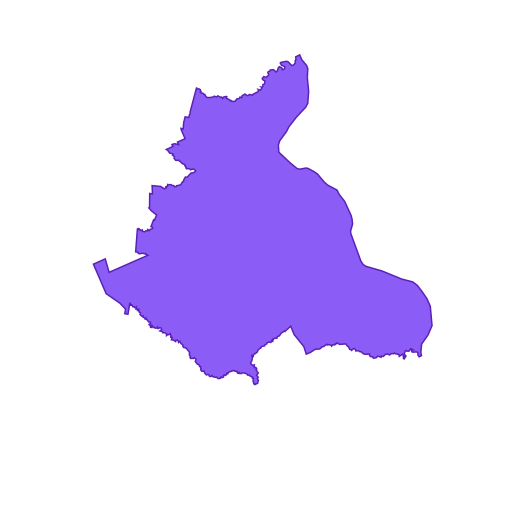 Colón, Entre Ríos, Argentina (Albers equal-area conic projection), rotated 327°
{"feature_id": "61730980B75281068807854", "entity_name": "Colón", "entity_type": "district", "adm_level": 2, "iso_a3": "ARG", "parent_name": "Argentina", "parent_adm1": "Entre Ríos", "projection": "albers", "projection_center": [-58.335, -32.025], "detail": "fine", "context": "isolated", "style": "filled", "palette": "violet", "viewbox_px": 512, "rotation_deg": 327, "n_neighbors": 0, "source": "geoboundaries", "source_scale": "gbopen_adm2", "svg_char_len": 6154}
<svg xmlns="http://www.w3.org/2000/svg" viewBox="0 0 512 512"><g transform="rotate(327 256 256)"><path d="M298.0,82.3L279.0,99.5L278.2,101.0L277.4,101.1L275.0,103.2L272.4,100.7L268.2,104.5L264.1,109.8L262.6,108.1L262.1,109.2L260.4,119.0L252.2,117.7L251.8,120.4L248.9,117.5L246.2,116.7L246.1,118.9L238.8,117.8L239.5,119.3L239.6,122.6L242.0,125.2L240.9,126.0L241.8,128.2L240.5,129.4L240.7,132.0L243.5,133.7L243.4,134.7L244.0,135.6L244.4,138.1L246.1,140.8L245.4,141.8L245.8,142.7L245.2,144.2L245.6,144.3L245.4,145.1L247.8,146.5L248.0,148.0L250.4,148.7L251.5,149.8L251.8,151.6L251.4,151.9L249.0,152.2L246.8,151.0L241.0,152.4L239.8,151.3L236.7,152.9L235.9,154.0L234.6,153.8L231.5,155.3L227.6,153.8L226.7,154.3L225.4,153.5L225.4,152.2L224.2,151.3L223.6,149.7L222.1,149.2L221.0,147.9L219.3,149.3L218.0,148.9L217.9,149.9L215.7,149.7L213.9,145.7L207.2,140.4L203.0,147.5L200.9,145.7L193.2,157.2L192.3,157.3L192.9,161.3L195.0,167.5L190.2,170.7L189.8,169.9L183.9,174.2L184.9,175.7L184.4,176.5L183.4,176.6L181.9,176.0L180.2,176.4L179.7,174.9L178.7,175.8L177.9,175.0L175.5,174.9L174.4,173.6L174.8,172.1L173.3,172.0L172.9,170.2L172.4,170.3L172.6,169.6L172.0,169.6L172.0,168.7L171.2,168.8L157.3,187.0L159.1,188.6L158.7,189.4L159.2,190.5L162.6,192.1L163.7,193.5L164.6,193.7L164.5,194.4L165.7,196.5L123.9,189.7L128.0,176.3L115.2,174.3L109.8,206.0L116.1,221.3L117.7,229.5L114.5,232.9L116.9,235.1L124.4,227.0L124.8,227.3L124.1,228.2L124.8,228.8L124.3,229.2L125.3,229.8L125.0,231.5L126.0,232.0L126.2,233.3L128.0,233.5L126.4,235.2L128.5,236.5L127.1,237.2L128.2,237.9L127.4,239.1L128.2,240.7L126.9,241.9L126.9,242.6L127.5,244.3L128.7,244.7L127.9,245.6L128.9,247.5L129.8,247.8L128.7,248.5L129.8,249.6L130.1,252.9L131.3,253.8L131.1,254.9L128.9,255.3L129.0,255.9L130.6,257.2L130.4,257.8L129.0,257.8L128.7,258.2L129.7,259.3L131.0,258.3L131.3,260.4L132.0,260.7L132.2,261.7L133.8,262.4L134.6,262.0L134.2,263.4L134.9,263.8L136.2,263.5L137.1,264.6L136.9,266.3L134.6,266.5L136.1,268.2L136.1,269.8L137.3,270.2L138.3,271.8L138.4,272.7L137.6,274.0L139.4,273.8L140.0,274.6L141.8,274.4L141.5,275.9L140.3,277.7L141.3,278.6L139.4,280.2L141.1,281.7L142.0,284.0L143.0,283.0L144.0,283.5L144.4,284.5L144.0,286.4L145.7,286.1L145.4,288.4L146.2,290.6L145.4,292.2L145.5,293.3L147.2,294.9L147.7,299.5L147.7,300.7L146.2,302.8L146.2,304.7L145.5,305.1L145.3,306.3L147.8,307.9L148.9,307.7L149.5,310.0L147.6,311.4L147.9,314.7L149.0,315.9L148.5,317.5L149.4,318.5L148.7,319.0L148.5,320.7L147.6,321.4L147.8,323.2L149.7,324.3L149.2,326.1L149.6,328.7L151.2,329.2L151.8,330.5L151.4,331.2L152.3,332.5L154.1,332.3L154.0,333.5L155.5,335.4L156.8,335.9L157.5,338.2L159.7,339.3L160.8,338.4L161.8,339.7L162.9,339.8L163.7,338.4L164.7,338.6L165.3,339.6L166.9,339.3L167.5,338.4L168.3,339.4L169.4,338.5L174.9,339.8L175.4,341.0L177.1,342.2L176.7,344.0L177.2,344.7L178.3,344.4L178.0,345.4L179.7,346.6L180.8,346.5L182.8,348.1L184.1,350.0L184.1,351.3L185.7,352.4L185.6,353.5L187.1,355.5L186.4,356.4L187.2,357.3L185.5,359.1L184.6,361.9L184.8,362.9L185.5,362.8L185.8,363.5L186.4,363.2L187.9,363.7L190.3,361.6L190.2,359.7L191.8,358.9L191.6,356.3L194.2,355.4L194.0,351.5L195.1,351.2L195.3,350.3L195.1,349.4L193.8,348.8L194.5,347.8L194.1,347.2L195.2,346.4L193.7,345.9L193.0,343.7L193.5,342.4L194.5,342.2L196.5,340.7L197.0,339.6L198.9,338.7L198.0,337.7L198.5,337.0L199.8,337.8L201.6,337.0L202.1,337.5L204.6,337.3L207.0,335.8L210.2,335.7L211.1,334.8L214.2,336.1L215.3,335.3L217.2,335.6L218.2,334.8L220.3,335.4L221.3,336.6L222.6,335.9L223.5,336.7L223.9,336.1L223.6,335.3L224.6,334.9L224.8,335.6L226.4,335.0L228.8,336.3L230.2,335.2L232.1,335.7L235.0,334.5L238.4,334.4L239.1,335.0L239.4,334.5L239.8,334.9L246.9,333.8L245.2,342.7L246.8,357.9L244.7,365.7L249.1,366.5L255.0,366.5L258.4,368.5L259.9,368.7L261.5,368.1L263.5,368.8L267.4,368.6L267.6,369.7L268.8,370.0L270.3,371.6L270.3,372.8L271.9,372.2L273.1,373.2L274.4,372.8L274.6,373.5L276.5,372.9L277.9,375.6L283.5,378.7L283.5,381.3L284.1,382.5L283.7,385.3L284.7,386.4L284.7,387.2L287.9,386.9L288.5,388.6L287.9,389.9L290.5,391.4L291.0,392.9L291.9,393.3L293.0,396.9L295.0,398.6L297.8,399.9L297.0,401.4L297.4,403.0L298.9,403.8L298.8,405.7L301.5,406.8L303.6,406.3L305.8,409.1L306.7,408.2L308.1,409.6L310.8,409.0L313.0,409.8L314.0,411.7L316.8,411.7L318.0,412.9L319.4,412.8L319.7,413.9L322.3,416.7L321.5,418.2L325.5,418.2L325.2,419.9L323.8,422.3L324.2,423.0L326.2,422.2L326.0,421.2L326.7,421.8L327.3,421.5L326.9,418.9L329.5,417.0L330.5,417.0L330.8,418.1L332.4,419.1L335.4,418.0L336.5,420.1L335.2,419.4L334.5,421.0L334.8,421.8L338.5,424.0L339.1,425.0L337.8,427.5L337.9,429.4L340.5,429.7L341.6,426.8L346.9,420.1L357.3,415.9L365.7,410.3L374.8,393.1L376.1,385.0L375.9,375.8L375.3,368.8L373.5,363.3L365.5,354.5L353.6,337.3L342.7,324.7L341.2,321.6L341.2,317.3L347.8,288.6L349.0,286.5L354.4,281.8L356.6,277.5L357.9,273.6L360.1,258.3L359.3,249.5L359.9,244.9L354.7,235.5L353.5,231.1L352.2,220.8L350.7,217.0L347.4,210.9L345.8,209.4L340.1,207.1L338.1,205.1L335.4,196.6L331.7,181.4L335.2,175.1L338.6,172.3L349.2,168.3L354.1,165.5L365.4,161.6L378.7,158.3L382.6,156.1L389.9,146.5L396.1,134.5L401.5,127.0L402.2,123.8L401.3,116.5L402.2,111.1L397.7,110.6L396.6,112.9L395.3,113.5L393.9,115.6L391.2,116.3L389.7,115.6L388.7,110.6L387.8,109.4L383.5,107.6L381.8,107.1L381.4,107.5L381.3,110.0L383.2,112.6L382.6,114.0L381.5,114.5L379.6,114.3L380.1,112.2L378.7,109.9L377.0,110.4L374.9,112.2L373.0,112.6L372.2,109.3L369.4,107.8L368.1,108.5L366.8,108.0L365.8,108.6L365.4,110.8L364.8,111.3L361.5,111.6L360.3,109.8L358.0,110.4L357.7,111.0L358.0,112.8L358.9,114.0L357.5,115.7L356.5,116.3L355.1,116.0L354.3,117.3L352.8,117.7L352.4,117.3L352.6,118.2L350.1,119.3L348.5,117.5L348.5,118.2L347.4,119.3L341.3,118.7L340.6,119.2L338.5,116.9L336.9,117.2L335.9,116.6L335.0,114.2L331.7,114.0L330.3,115.4L329.2,114.0L327.8,114.8L325.4,113.8L322.8,114.9L320.0,113.2L319.8,112.1L318.9,111.8L319.0,110.7L317.0,107.5L318.3,106.5L317.9,105.9L315.0,104.9L313.9,105.7L313.4,103.7L312.6,103.3L311.2,100.9L309.5,101.2L308.1,99.3L305.7,99.0L301.8,96.9L300.8,95.2L301.1,92.6L300.3,92.0L300.2,90.5L299.0,89.8L298.4,88.3L299.6,88.0L299.4,86.9L299.9,86.2L299.1,84.6L297.4,83.9L298.0,82.3Z" fill="#8b5cf6" stroke="#5b21b6" stroke-width="1.5"/></g></svg>